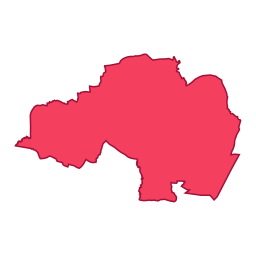 outline of Chamni, Buri Ram, Thailand
{"feature_id": "78962969B38996553014175", "entity_name": "Chamni", "entity_type": "district", "adm_level": 2, "iso_a3": "THA", "parent_name": "Thailand", "parent_adm1": "Buri Ram", "projection": "albers", "projection_center": [102.795, 14.787], "detail": "fine", "context": "isolated", "style": "filled", "palette": "rose", "viewbox_px": 256, "rotation_deg": 0, "n_neighbors": 0, "source": "geoboundaries", "source_scale": "gbopen_adm2", "svg_char_len": 5789}
<svg xmlns="http://www.w3.org/2000/svg" viewBox="0 0 256 256"><path d="M221.7,80.2L217.7,77.7L216.1,76.4L215.5,76.2L210.9,75.1L209.3,75.1L203.7,75.6L202.3,75.9L199.7,76.8L196.0,78.8L194.8,79.6L192.1,82.1L190.0,83.7L186.7,85.7L186.5,85.8L186.3,85.7L185.7,84.1L185.8,83.8L186.4,83.6L186.5,83.4L186.1,81.8L186.0,81.4L185.0,80.5L183.9,78.0L183.5,77.8L183.2,77.8L182.8,78.6L182.5,78.7L181.7,78.4L181.2,76.9L179.8,74.6L179.1,72.4L178.6,72.0L177.2,71.8L176.5,71.1L176.5,70.7L176.7,70.3L178.5,69.3L178.7,69.0L178.7,68.8L178.5,68.5L176.9,68.3L176.6,67.8L176.6,67.3L177.6,64.6L178.7,63.6L179.9,62.8L180.0,62.5L179.6,61.8L179.6,60.9L179.4,60.7L179.2,60.7L178.4,61.3L178.2,62.0L177.9,62.2L177.4,62.2L176.8,61.9L176.1,61.2L175.8,59.9L175.1,58.8L174.3,57.0L174.1,56.8L173.7,56.9L173.4,57.3L173.4,59.2L173.0,59.8L172.6,60.0L172.1,59.6L170.4,59.2L169.8,58.8L168.3,58.5L166.3,58.9L159.7,59.1L154.1,59.9L153.0,59.9L152.3,59.7L150.9,58.6L147.1,55.0L146.5,54.5L146.0,54.3L143.8,54.3L140.9,55.4L139.6,55.7L137.2,56.0L135.8,55.9L133.0,56.5L129.9,56.5L127.3,57.0L124.8,57.9L122.5,59.1L120.8,60.6L120.4,61.2L119.7,62.9L119.0,63.5L109.9,65.3L104.7,65.8L104.5,66.2L105.3,68.2L105.4,70.1L105.6,70.6L105.8,71.7L103.6,73.2L102.9,76.3L100.8,76.5L100.7,77.9L101.0,81.2L100.4,82.8L99.5,83.6L99.3,85.7L97.6,86.2L94.2,86.7L93.2,86.7L89.6,86.1L89.6,87.2L90.2,91.9L88.4,92.0L86.5,91.7L85.2,91.6L80.9,92.4L80.3,93.4L77.6,93.2L78.3,98.3L77.7,98.9L77.8,99.4L77.3,101.2L76.8,102.0L75.9,101.8L75.1,101.0L73.7,100.7L72.5,99.5L70.9,100.0L68.5,101.5L67.5,101.6L67.9,103.8L66.3,104.1L64.0,103.5L64.0,103.1L63.2,103.2L62.1,102.5L61.5,102.4L60.8,101.6L60.1,101.4L59.6,101.5L59.5,101.2L58.0,100.6L57.0,100.4L56.2,100.8L55.9,100.8L55.1,100.7L54.6,100.3L53.4,101.0L52.8,101.0L52.8,101.4L52.6,101.6L52.2,101.5L51.4,102.2L50.6,102.3L49.6,101.8L49.4,102.5L49.1,102.5L49.0,103.1L47.2,103.1L46.9,105.7L42.8,104.8L40.3,105.5L37.1,105.3L36.3,105.6L34.4,106.9L32.3,109.9L31.1,112.2L30.3,115.2L30.6,127.0L30.5,132.5L30.6,137.9L30.3,138.3L29.7,138.1L29.3,138.4L28.8,138.4L28.7,138.3L28.8,137.9L28.6,137.9L28.2,137.7L28.1,137.3L27.5,136.8L27.4,136.8L27.3,137.4L27.0,137.3L26.9,137.5L26.5,136.9L26.3,137.6L26.1,137.7L25.8,137.3L25.1,137.6L25.0,137.9L24.5,137.7L24.3,138.5L24.1,138.4L24.0,138.0L23.8,138.0L23.5,138.4L23.2,138.4L22.7,138.7L22.6,139.0L21.9,139.3L22.1,139.6L21.9,139.9L22.1,140.8L21.3,141.0L20.9,141.9L20.6,141.9L20.5,141.2L19.9,141.3L19.2,141.0L18.9,141.0L17.9,142.0L17.9,142.4L18.2,142.6L17.9,142.8L17.8,143.4L17.5,143.4L17.4,143.7L17.1,143.9L17.1,144.3L16.5,144.4L16.3,145.0L15.8,145.0L15.4,145.8L31.1,148.5L31.3,149.0L31.5,149.1L33.0,148.7L33.2,149.6L35.3,150.2L37.3,152.0L37.8,152.8L38.0,152.8L38.3,154.1L39.1,156.1L39.4,157.2L39.7,157.2L40.2,158.6L41.0,158.7L44.5,158.3L45.1,158.0L46.8,157.7L49.1,156.2L49.8,156.1L50.4,156.2L53.0,157.3L54.4,158.2L55.8,158.6L57.1,161.2L59.9,162.0L61.9,162.3L62.5,162.7L62.4,163.4L63.1,164.6L64.0,165.4L64.6,165.7L67.8,166.9L68.8,164.2L70.3,164.8L74.7,165.9L76.1,167.0L79.1,168.3L80.5,167.5L82.7,165.1L84.2,162.7L86.0,159.4L87.6,160.6L89.8,161.8L92.2,162.6L95.9,162.3L96.3,160.3L96.0,159.1L96.7,158.2L97.5,158.0L98.1,156.0L98.7,155.1L99.2,154.7L99.9,154.7L100.1,154.6L100.2,153.4L100.8,152.3L101.0,149.7L101.7,148.8L101.9,147.0L102.3,146.1L102.9,144.1L103.3,143.5L104.0,142.7L104.7,142.0L105.7,141.4L106.0,140.7L109.4,144.2L114.7,147.4L118.3,150.4L121.5,152.6L125.2,154.6L128.1,157.0L130.8,158.1L133.9,158.8L136.6,159.0L137.2,159.4L137.3,160.0L137.1,160.9L137.6,162.0L137.0,162.5L136.7,162.4L136.6,163.0L137.2,163.6L136.7,164.4L136.7,164.9L137.0,165.2L137.6,165.4L137.5,166.0L137.7,166.9L138.4,167.2L138.6,167.6L139.0,167.5L139.1,166.9L139.6,166.8L139.8,167.1L140.1,169.4L139.7,170.1L140.3,172.1L140.3,172.7L141.2,173.5L141.3,174.2L141.9,175.2L141.6,175.8L142.0,176.4L141.9,177.0L142.9,177.6L143.1,178.2L143.1,178.4L142.8,178.6L142.1,178.4L141.5,178.7L141.7,179.1L141.5,179.5L142.0,179.8L142.3,180.9L142.0,181.6L142.1,181.9L142.1,183.1L142.3,183.3L142.3,183.6L141.2,184.8L140.6,185.1L140.6,185.6L141.3,186.3L141.4,186.9L140.9,187.1L140.5,187.4L139.7,187.4L139.6,187.5L139.5,188.0L139.8,188.7L139.4,189.2L138.8,191.1L138.9,191.3L139.5,191.6L139.5,192.3L140.0,192.8L140.0,193.2L139.7,193.9L140.6,193.8L140.8,194.0L140.2,194.7L140.2,195.3L139.8,196.0L139.9,196.3L140.4,196.7L140.5,197.2L140.0,197.5L139.3,198.8L139.4,199.7L139.9,200.0L143.4,200.6L146.7,200.5L148.8,200.1L151.1,200.4L154.7,200.1L155.5,200.6L156.4,200.4L157.4,200.8L158.9,200.6L160.2,199.7L163.0,199.5L163.8,199.2L164.6,199.3L170.9,201.2L172.9,201.3L173.5,201.7L174.6,201.5L175.1,201.2L175.9,200.4L176.2,199.7L176.5,197.2L175.8,195.9L174.8,194.8L174.3,193.4L173.7,192.9L172.3,192.5L172.0,192.3L172.0,191.5L171.4,189.6L171.1,189.2L171.5,187.8L171.7,187.5L171.8,187.1L171.7,186.4L170.9,184.5L171.0,183.6L171.4,182.5L172.6,183.0L176.5,183.2L177.1,182.5L177.1,181.1L180.5,181.0L184.9,181.4L184.8,182.5L184.0,182.5L183.6,184.6L182.4,184.8L181.4,186.3L186.7,189.5L187.3,189.7L189.4,189.9L188.6,190.7L185.3,193.0L201.5,195.3L203.3,195.2L210.1,195.3L214.1,199.9L216.8,197.1L217.5,196.1L231.0,169.8L239.3,154.6L235.0,154.2L230.9,154.7L231.8,151.5L233.2,148.7L234.2,145.5L234.5,143.7L234.7,140.5L235.1,139.1L235.6,137.9L236.9,134.2L239.4,129.8L239.4,129.0L239.1,128.6L238.8,127.0L240.6,120.6L240.1,119.8L238.9,119.6L238.2,119.2L237.6,117.9L237.7,117.0L237.5,116.7L237.1,116.5L236.4,116.7L234.7,115.6L234.2,115.2L234.0,114.7L233.2,114.3L232.8,113.7L231.9,113.5L231.0,113.9L230.4,113.1L230.3,112.1L230.5,111.8L230.2,111.5L229.7,111.5L229.5,111.2L229.2,110.9L229.3,110.1L229.0,109.9L228.7,109.3L228.1,109.0L227.9,108.6L227.6,108.7L227.5,108.3L227.2,108.2L227.5,106.3L227.0,104.3L226.9,101.4L227.0,100.2L227.6,96.8L227.0,96.0L226.8,94.1L226.3,92.4L224.8,88.5L222.3,83.5L221.7,81.6L221.7,80.2Z" fill="#f43f5e" stroke="#9f1239" stroke-width="1.5"/></svg>